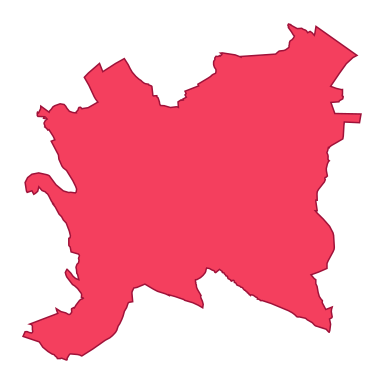 Bosanci, Suceava, Romania (Natural Earth projection)
{"feature_id": "2599482B16284440984410", "entity_name": "Bosanci", "entity_type": "district", "adm_level": 2, "iso_a3": "ROU", "parent_name": "Romania", "parent_adm1": "Suceava", "projection": "natural_earth1", "projection_center": [26.287, 47.571], "detail": "fine", "context": "isolated", "style": "filled", "palette": "rose", "viewbox_px": 384, "rotation_deg": 0, "n_neighbors": 0, "source": "geoboundaries", "source_scale": "gbopen_adm2", "svg_char_len": 5823}
<svg xmlns="http://www.w3.org/2000/svg" viewBox="0 0 384 384"><path d="M66.3,360.0L67.1,359.7L67.1,358.4L69.0,355.1L69.8,354.2L70.4,353.9L77.5,354.5L79.7,355.0L81.5,355.9L81.9,355.9L92.8,349.0L105.3,340.2L109.8,337.8L112.5,335.6L115.5,332.4L116.8,330.2L118.1,326.2L119.8,323.6L121.8,319.4L123.1,316.0L124.4,311.3L126.6,307.6L128.1,303.1L129.1,302.3L132.7,301.7L131.9,292.9L132.2,291.4L133.8,288.0L137.0,287.4L144.9,284.1L153.3,289.1L157.5,291.3L165.4,293.8L169.1,295.5L168.9,294.8L175.3,296.6L183.7,299.5L184.7,300.3L192.8,302.7L198.2,305.2L202.7,307.8L203.2,304.3L202.4,301.2L200.9,297.9L200.6,295.9L201.0,295.5L197.4,289.3L196.5,287.1L196.3,284.8L195.7,283.5L195.9,282.8L195.5,282.0L195.5,279.7L196.9,279.6L197.8,279.1L200.5,277.6L203.0,275.4L205.1,272.8L205.7,271.5L206.1,269.4L206.7,268.0L209.4,268.5L212.2,270.1L213.8,270.6L214.4,271.1L214.9,272.3L215.7,272.6L219.5,269.4L222.3,271.5L222.1,272.0L222.8,272.7L223.7,272.7L224.2,273.1L224.3,273.7L225.3,274.7L226.1,276.0L226.7,276.0L227.5,276.4L227.6,277.4L228.1,278.6L230.6,279.9L230.7,280.5L231.3,281.1L231.8,281.1L232.2,280.5L233.4,280.3L233.9,280.5L234.2,281.0L234.4,282.5L235.3,282.6L235.7,282.9L237.0,285.1L239.9,286.2L240.9,287.2L241.8,287.3L242.8,287.9L242.9,288.4L244.5,290.2L245.2,290.3L246.2,291.5L246.8,291.7L247.5,292.9L248.0,292.9L248.9,293.8L249.1,294.5L249.6,294.9L250.1,294.8L250.6,295.4L250.8,294.9L251.9,294.8L253.5,295.4L256.0,297.2L256.9,297.4L257.5,298.4L257.4,299.1L258.2,299.1L259.8,299.7L260.3,300.5L261.0,300.7L262.1,300.5L271.2,303.5L288.5,310.7L292.3,312.8L294.8,314.7L296.8,316.7L298.0,317.0L299.4,316.9L305.6,318.3L307.3,319.8L312.3,322.7L314.6,325.2L315.6,325.9L326.1,329.2L328.8,332.1L329.2,332.2L329.8,330.5L330.6,324.2L329.5,319.0L331.7,317.8L332.2,316.9L331.3,311.7L331.5,309.5L332.2,307.0L325.8,309.5L322.2,302.7L322.4,300.6L321.1,299.2L319.3,296.5L318.1,292.3L317.1,286.5L315.8,283.7L315.8,279.7L314.3,278.7L311.0,274.8L318.5,272.1L327.0,268.4L327.0,263.7L327.3,262.7L328.4,260.3L333.1,251.6L334.1,249.2L334.3,247.2L333.6,235.4L333.0,232.8L329.6,226.3L323.3,219.1L317.4,213.3L315.2,210.7L317.2,210.7L315.8,201.3L315.9,200.1L317.2,200.2L317.0,193.9L317.3,191.5L318.6,189.3L324.4,181.9L325.3,179.6L324.8,178.5L325.1,177.5L326.1,177.2L327.4,176.0L326.4,170.9L326.3,168.5L327.4,163.9L328.5,161.4L329.3,160.8L328.4,160.0L328.0,159.2L328.1,156.3L327.9,155.0L326.9,152.6L327.6,150.9L328.6,146.7L328.7,147.5L329.2,147.8L329.6,146.9L331.4,145.5L342.8,138.9L343.3,136.1L343.9,125.5L344.3,122.0L359.5,122.7L361.0,114.0L334.8,113.5L330.9,102.4L338.9,101.8L339.2,101.1L339.9,100.4L342.7,98.9L343.2,96.9L343.1,96.3L342.4,96.1L342.2,95.5L342.5,94.1L342.5,89.5L341.4,89.6L336.3,88.4L330.6,86.3L339.2,73.6L346.3,63.7L352.9,57.6L357.0,55.4L316.0,26.4L314.9,33.3L314.3,35.3L312.1,32.8L310.1,31.4L307.7,32.7L306.4,30.8L305.2,30.0L303.2,29.3L301.7,28.3L297.2,28.6L290.1,24.7L290.3,24.5L288.5,24.0L287.9,25.1L288.0,25.8L288.8,26.9L288.4,27.6L291.5,31.9L293.3,34.9L294.4,36.0L293.6,37.8L292.8,38.8L291.7,40.0L290.4,40.7L289.9,41.3L289.4,42.8L289.4,44.2L289.0,45.6L289.1,46.7L288.9,47.3L288.3,47.9L285.5,49.9L283.8,50.5L279.5,51.0L278.8,51.3L275.6,54.1L240.5,56.5L240.7,57.0L235.2,54.9L222.3,52.9L220.5,53.1L221.9,54.2L221.8,54.7L220.2,56.1L219.9,55.5L218.0,56.5L216.0,56.3L214.8,58.0L214.9,59.6L213.8,61.1L213.6,61.9L213.6,64.5L213.9,65.7L214.5,67.4L215.9,69.4L216.0,71.2L215.7,73.0L215.3,73.4L213.2,74.3L211.3,75.6L211.0,76.2L207.8,78.3L197.9,84.2L198.6,85.9L185.0,91.2L186.1,93.6L185.0,94.9L186.3,97.2L182.9,99.1L183.3,100.0L181.7,100.3L181.2,99.8L178.0,101.9L178.4,107.4L177.0,106.8L176.2,106.8L170.4,107.5L164.2,105.7L160.5,105.5L159.7,104.0L159.4,101.8L158.1,97.9L156.9,96.8L156.8,95.7L153.3,95.9L152.9,95.5L151.9,86.5L151.5,86.0L148.6,84.8L148.5,84.2L145.4,83.7L144.4,83.3L142.4,81.9L141.0,80.5L139.0,79.2L135.8,76.4L132.2,72.2L130.0,68.4L128.2,64.7L124.3,58.6L115.5,63.5L102.8,71.7L99.5,63.4L88.4,73.0L84.3,77.3L88.9,85.3L94.2,96.7L95.6,99.1L97.9,102.1L88.1,107.7L82.3,108.6L82.0,108.8L80.6,107.3L79.1,107.4L78.5,108.2L78.0,110.0L76.0,112.2L76.3,112.8L74.7,112.8L72.4,112.4L69.4,111.3L67.0,108.4L65.7,106.2L64.1,104.5L60.1,103.8L54.8,105.7L53.0,106.8L51.3,109.2L49.4,111.2L49.1,112.2L40.8,106.1L40.6,108.8L38.5,112.9L37.5,112.2L37.2,113.2L37.3,115.6L37.9,116.4L44.2,116.7L43.8,117.0L43.8,117.9L43.6,118.3L44.6,118.5L46.0,117.8L47.2,119.1L45.5,120.3L44.1,122.9L44.1,123.7L45.1,126.4L44.7,126.9L46.5,128.3L47.9,130.1L48.9,129.6L53.3,136.5L54.8,139.8L51.2,141.2L58.4,154.9L58.9,159.2L61.9,166.0L63.3,167.9L66.5,170.4L72.8,180.6L75.6,186.3L76.6,189.0L76.2,192.0L75.3,192.9L70.8,192.3L68.6,192.5L63.3,190.9L55.9,184.7L49.4,175.9L48.5,175.3L46.8,174.7L38.7,172.9L31.9,174.2L27.6,177.6L25.1,182.5L26.3,190.1L26.5,191.2L27.2,192.4L31.9,190.8L33.8,194.3L35.6,193.2L37.7,191.3L38.8,186.8L42.0,190.5L45.4,191.9L46.4,193.1L47.5,193.8L48.7,195.7L51.6,201.5L53.5,203.9L52.9,204.0L55.3,207.1L59.1,214.2L61.6,216.7L63.3,219.9L66.2,223.0L69.3,231.1L70.4,235.7L70.1,237.7L68.8,238.3L68.8,244.5L68.9,245.6L70.2,247.1L71.1,251.9L78.6,254.1L79.4,255.5L79.3,256.3L78.5,258.2L79.0,260.4L78.5,262.8L77.0,264.3L76.1,266.8L76.0,267.7L76.4,269.1L76.8,273.3L77.6,274.5L78.8,279.7L76.3,278.8L75.0,278.0L72.8,276.0L70.8,273.1L67.1,269.3L66.9,269.3L65.3,272.5L66.0,275.1L66.8,277.0L72.5,284.5L74.6,285.8L77.6,288.5L81.2,293.3L81.6,294.3L81.4,297.4L82.9,297.8L83.3,298.2L82.7,298.7L80.6,299.5L79.4,300.6L76.0,305.1L74.3,308.0L73.4,307.6L72.5,308.4L71.7,308.6L71.5,309.1L71.7,312.1L70.4,314.0L69.4,314.5L68.4,314.4L65.8,312.9L61.0,311.6L56.2,308.6L56.6,310.2L57.8,313.4L29.7,324.1L31.6,324.6L32.4,326.1L32.4,329.8L32.8,331.2L32.4,332.4L31.6,333.0L29.5,332.6L27.1,331.6L25.1,331.7L23.0,336.4L39.3,341.9L42.8,347.2L48.0,351.5L52.0,354.0L54.2,354.7L55.1,355.9L56.8,357.3L57.4,358.6L60.5,358.6L61.0,358.2L61.7,358.2L66.3,360.0Z" fill="#f43f5e" stroke="#9f1239" stroke-width="1.5"/></svg>